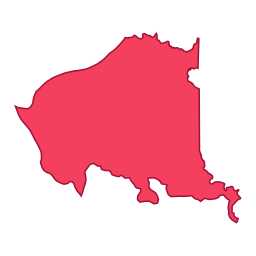 Sepone, Savannakhét, Laos
{"feature_id": "54806243B75063146976266", "entity_name": "Sepone", "entity_type": "district", "adm_level": 2, "iso_a3": "LAO", "parent_name": "Laos", "parent_adm1": "Savannakhét", "projection": "mercator", "projection_center": [106.495, 16.758], "detail": "fine", "context": "isolated", "style": "filled", "palette": "rose", "viewbox_px": 256, "rotation_deg": 0, "n_neighbors": 0, "source": "geoboundaries", "source_scale": "gbopen_adm2", "svg_char_len": 5770}
<svg xmlns="http://www.w3.org/2000/svg" viewBox="0 0 256 256"><path d="M125.2,37.5L124.4,38.9L123.5,40.3L119.3,44.9L115.1,49.3L112.5,51.4L109.8,53.2L106.5,56.5L104.8,58.4L101.5,61.1L99.3,62.5L97.4,63.9L93.3,66.0L90.9,67.1L87.8,68.4L85.2,69.3L78.2,70.5L74.6,70.9L72.0,71.4L65.9,72.7L63.7,73.5L55.5,76.6L52.6,78.0L47.5,81.2L44.7,83.4L42.5,85.5L39.6,88.5L36.2,91.6L34.3,95.9L33.6,97.9L32.7,103.4L31.0,106.4L28.5,108.6L26.4,108.8L24.3,108.4L22.7,108.3L18.0,107.5L15.4,106.3L17.1,110.6L17.9,113.0L19.3,116.2L21.3,119.6L23.4,122.3L26.0,125.2L29.2,129.1L30.6,131.2L33.4,136.6L34.5,139.0L37.3,143.8L40.5,150.4L41.1,152.2L41.4,154.3L41.5,157.9L41.3,160.3L40.5,161.8L40.7,163.1L41.7,166.4L42.8,168.8L43.5,169.8L45.7,171.8L47.3,172.6L48.8,173.0L50.9,174.1L52.0,175.3L53.3,177.0L54.4,178.7L55.9,180.3L57.9,181.7L59.3,182.4L62.6,183.8L63.3,184.0L64.7,184.1L66.5,183.8L67.3,183.5L68.2,183.0L69.8,181.7L70.7,181.4L72.4,182.1L73.3,183.0L74.3,184.6L75.0,187.0L76.1,189.1L77.3,191.2L79.6,193.8L81.2,196.0L82.8,191.5L84.1,186.8L85.3,183.5L86.0,179.2L85.5,175.6L84.8,172.4L85.7,170.2L88.1,167.0L89.8,164.6L93.4,163.3L97.6,166.0L100.6,166.2L101.5,169.3L105.0,170.5L108.4,170.5L110.4,171.5L112.2,174.8L115.6,176.0L118.7,176.6L121.5,175.3L125.0,178.1L129.5,177.8L130.6,180.0L132.4,182.5L134.3,184.7L135.6,187.1L136.9,188.1L140.6,188.7L140.6,191.7L138.9,194.1L137.7,196.1L137.5,199.7L139.9,202.1L142.9,201.6L146.8,201.2L149.2,201.3L150.9,202.0L153.9,203.8L157.4,203.2L158.5,199.5L158.0,198.1L157.6,196.5L155.8,193.3L153.9,191.6L150.8,189.9L148.8,186.9L149.2,182.4L147.9,179.9L148.1,178.4L149.0,178.1L151.2,177.9L154.4,177.9L157.7,179.4L159.9,181.1L161.6,183.8L165.9,184.7L167.2,185.3L166.0,187.9L166.9,190.9L168.2,194.5L170.9,196.6L179.9,196.2L181.7,196.3L184.0,196.3L189.4,196.0L191.8,195.6L193.7,197.7L195.6,199.0L197.6,199.2L200.6,201.4L204.7,198.3L208.4,199.3L210.9,199.4L213.6,199.0L216.2,198.5L218.6,197.3L220.4,195.1L224.0,195.1L226.2,198.2L229.7,200.4L229.2,201.7L228.7,203.9L228.3,207.0L228.3,209.1L228.8,211.4L228.6,213.9L229.9,217.6L232.1,219.9L236.3,222.6L237.4,221.5L237.5,220.3L237.7,219.8L238.1,219.2L238.1,218.8L237.8,218.3L236.5,218.0L235.4,217.3L234.0,215.8L234.0,213.3L232.2,212.6L232.0,212.1L232.2,205.8L237.7,199.8L239.0,199.2L240.4,198.7L240.6,198.5L240.6,198.2L240.4,197.7L237.5,194.6L237.1,193.9L237.1,192.9L237.3,192.2L237.7,191.5L238.8,190.4L238.8,190.1L238.5,189.8L238.1,189.8L237.0,190.2L235.7,190.9L235.2,190.9L234.8,190.8L234.4,190.4L233.8,189.6L232.7,187.0L232.5,186.7L232.0,186.5L231.5,186.5L231.1,186.5L229.6,187.2L227.8,187.4L226.8,187.6L226.5,188.0L226.3,188.4L226.4,189.0L226.6,189.9L226.5,190.3L226.2,190.6L225.9,190.7L225.5,190.7L224.9,190.2L224.4,189.1L224.0,186.6L224.0,185.9L224.2,185.4L224.7,184.5L224.7,184.1L224.6,183.9L224.0,183.4L223.5,183.1L220.5,182.2L218.1,181.8L215.7,182.0L214.9,182.2L214.2,182.4L213.7,182.8L212.9,183.5L212.1,183.9L211.3,184.0L210.9,183.9L210.6,183.7L210.1,183.1L209.8,182.4L209.6,181.5L209.7,180.8L210.0,180.2L210.5,179.6L211.3,179.0L212.2,178.7L212.4,178.4L212.5,178.0L212.5,177.8L212.7,177.2L212.5,176.8L212.5,176.2L212.2,175.6L211.4,174.8L209.6,173.8L209.3,173.5L208.8,173.5L208.3,173.3L208.0,173.0L208.0,172.6L207.9,172.4L207.6,172.0L207.2,171.8L206.9,171.4L206.7,171.4L206.6,171.0L205.5,170.1L204.7,170.1L204.2,169.9L204.0,169.7L204.0,169.3L203.7,168.9L203.5,168.0L203.7,167.6L204.4,166.9L204.6,166.8L204.6,166.7L204.5,166.3L204.8,165.7L204.6,164.8L204.5,163.8L204.4,163.7L204.5,163.2L204.5,162.6L204.0,162.2L204.0,161.0L203.7,160.8L203.2,160.6L202.9,160.2L202.7,160.1L202.6,159.6L202.1,159.1L201.9,158.5L201.5,158.1L201.5,157.5L201.6,157.1L201.2,156.4L201.1,155.5L201.3,154.8L200.6,153.9L200.3,152.8L199.5,150.9L199.2,88.9L198.5,88.8L198.2,88.7L197.5,88.0L196.5,87.9L195.8,87.5L195.6,87.3L195.0,87.0L194.5,86.4L192.4,83.5L191.2,82.5L188.1,81.1L187.4,78.5L187.6,77.8L188.0,77.4L188.1,76.7L188.3,76.7L188.7,76.8L188.7,76.7L188.1,75.6L187.3,75.0L187.6,74.6L187.2,73.8L187.4,72.8L187.4,72.3L187.9,71.8L188.1,71.5L188.5,70.2L188.3,69.6L188.9,69.5L189.4,69.8L190.0,70.0L190.4,69.7L190.5,69.4L189.7,68.7L190.0,68.3L190.3,68.3L190.4,68.8L190.5,68.4L190.8,68.2L191.4,68.6L191.9,68.1L192.4,68.1L192.6,68.2L192.8,68.2L193.0,68.5L194.1,68.8L194.5,68.7L195.3,68.3L195.6,68.1L196.5,67.9L197.6,67.9L198.0,68.2L198.8,40.2L198.9,39.6L198.9,39.0L198.4,38.3L198.1,38.1L197.9,38.1L197.5,38.3L197.4,38.6L197.3,39.4L197.0,40.7L196.6,42.0L196.8,42.5L196.6,43.3L196.4,43.5L195.8,43.6L195.5,43.8L194.6,44.0L194.2,44.4L194.1,45.0L193.6,45.6L193.4,46.8L193.1,47.4L193.0,48.1L192.5,49.0L192.4,49.4L191.7,49.3L190.4,50.3L189.7,50.5L189.3,50.7L187.9,51.3L187.4,51.7L186.8,51.9L185.4,51.5L185.1,51.2L184.7,51.3L183.6,51.1L182.9,49.8L181.7,49.2L181.1,48.8L180.9,48.8L180.8,49.0L180.0,49.4L179.9,49.6L178.9,48.6L178.6,48.4L177.6,48.0L177.5,47.8L176.8,47.9L176.3,47.8L175.5,48.0L175.2,47.9L174.8,48.2L174.2,48.3L173.9,47.9L173.8,47.5L173.5,47.6L173.4,47.5L172.4,47.8L172.1,47.7L171.7,47.4L171.7,47.1L171.5,46.6L171.0,46.7L170.5,46.6L170.5,46.2L170.1,45.9L169.8,45.5L169.1,45.4L169.3,45.1L168.9,44.5L168.8,44.1L169.0,43.9L169.0,42.8L169.0,42.1L168.2,41.4L167.0,41.4L166.9,41.7L166.6,42.1L165.8,42.4L164.7,42.4L163.8,42.9L162.8,43.2L162.4,43.2L161.4,43.5L161.0,43.4L160.5,43.0L160.2,42.4L160.1,42.0L159.7,41.7L159.4,41.1L159.0,40.4L157.7,40.1L157.3,39.7L156.9,39.5L157.0,38.6L157.2,38.2L156.7,37.2L157.0,35.9L157.0,34.9L156.7,34.0L156.4,33.7L156.3,33.4L155.2,34.8L154.3,36.2L153.5,37.1L152.9,37.4L152.5,37.3L150.9,36.3L150.0,35.6L148.1,35.4L147.4,35.2L146.6,34.8L145.6,34.1L144.2,33.6L143.5,33.8L142.8,34.4L142.5,35.1L142.9,36.2L143.0,37.0L142.4,38.0L141.6,38.6L140.9,38.9L138.6,38.2L137.8,37.7L135.2,35.5L134.1,35.4L133.5,35.9L132.7,36.9L131.9,37.4L128.8,37.6L127.3,37.9L126.0,37.8L125.2,37.5Z" fill="#f43f5e" stroke="#9f1239" stroke-width="1.5"/></svg>